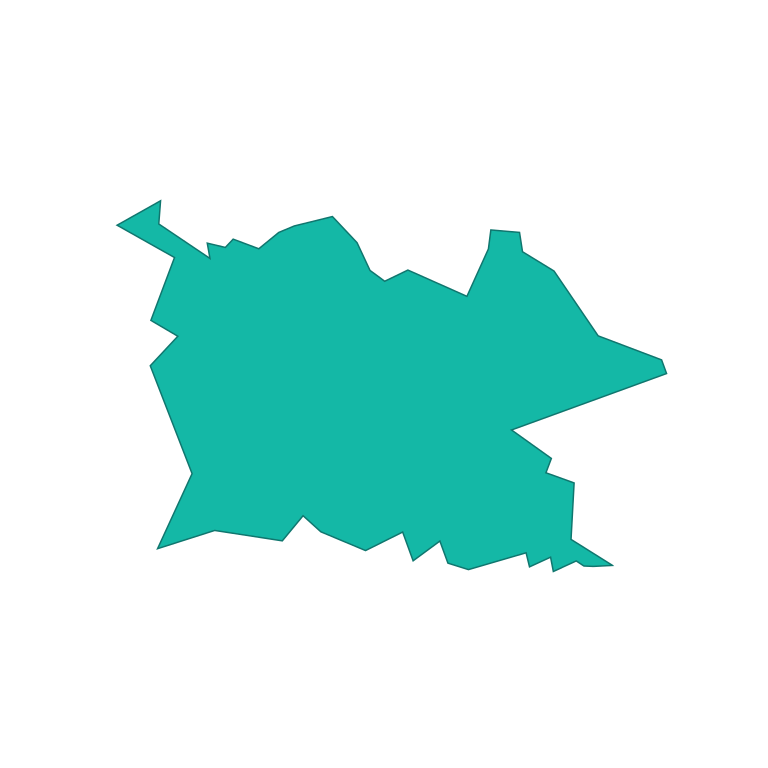 the district of Fier, Fier, Albania, rotated 340°
{"feature_id": "67620474B94080737422449", "entity_name": "Fier", "entity_type": "district", "adm_level": 2, "iso_a3": "ALB", "parent_name": "Albania", "parent_adm1": "Fier", "projection": "natural_earth1", "projection_center": [19.572, 40.718], "detail": "fine", "context": "isolated", "style": "filled", "palette": "teal", "viewbox_px": 768, "rotation_deg": 340, "n_neighbors": 0, "source": "geoboundaries", "source_scale": "gbopen_adm2", "svg_char_len": 867}
<svg xmlns="http://www.w3.org/2000/svg" viewBox="0 0 768 768"><g transform="rotate(340 384 384)"><path d="M236.7,135.4L187.5,143.5L230.4,193.5L186.7,244.5L206.6,268.6L170.6,286.9L173.0,402.6L114.9,461.3L174.8,463.7L234.8,496.6L262.9,480.1L274.1,501.3L309.7,534.2L350.9,529.5L350.9,560.1L382.8,550.7L382.8,574.2L399.9,587.3L459.8,591.2L458.2,605.6L481.3,603.7L479.0,618.1L488.1,617.4L488.3,617.3L502.0,616.2L504.1,616.0L509.6,623.4L518.3,627.0L536.6,632.6L536.5,632.4L506.6,594.0L528.8,542.0L505.8,522.8L515.8,511.2L488.1,470.8L653.1,470.8L653.1,456.3L601.7,412.0L582.4,336.0L559.4,307.1L563.2,287.9L537.1,275.8L528.3,292.8L491.9,330.0L445.4,285.1L419.8,287.7L409.7,272.5L407.0,242.0L392.8,209.0L353.7,204.8L336.9,205.6L312.6,214.1L291.8,196.3L281.6,201.4L266.1,191.2L263.4,206.5L227.1,156.6L236.7,135.4Z" fill="#14b8a6" stroke="#0f766e" stroke-width="1.5"/></g></svg>